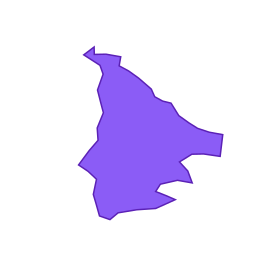 Skylloura, Cyprus, rotated 145°
{"feature_id": "46923920B82441247909764", "entity_name": "Skylloura", "entity_type": "district", "adm_level": 2, "iso_a3": "CYP", "parent_name": "Cyprus", "parent_adm1": "", "projection": "albers", "projection_center": [33.163, 35.228], "detail": "fine", "context": "isolated", "style": "filled", "palette": "violet", "viewbox_px": 256, "rotation_deg": 145, "n_neighbors": 0, "source": "geoboundaries", "source_scale": "gbopen_adm2", "svg_char_len": 708}
<svg xmlns="http://www.w3.org/2000/svg" viewBox="0 0 256 256"><g transform="rotate(145 128 128)"><path d="M109.3,213.8L122.3,213.3L115.0,195.4L117.5,186.4L131.2,176.6L136.1,163.6L139.4,154.6L153.2,145.7L159.6,135.1L172.6,131.8L189.7,126.1L185.6,115.5L183.2,104.1L194.5,93.5L197.8,83.7L201.8,72.3L195.3,63.3L184.8,64.2L167.7,56.0L151.5,46.2L130.4,42.2L135.3,50.3L141.8,60.1L133.7,63.4L117.5,56.8L109.1,48.4L106.9,46.2L103.7,58.5L105.3,70.7L90.7,69.9L81.0,63.4L68.8,51.9L54.2,68.2L63.9,78.0L71.2,87.8L75.3,97.6L79.3,109.0L78.5,123.7L84.2,130.2L88.2,138.3L86.6,146.5L90.7,162.8L94.7,174.2L99.6,184.0L93.1,190.5L103.7,201.1L113.4,207.6L109.3,213.8Z" fill="#8b5cf6" stroke="#5b21b6" stroke-width="1.5"/></g></svg>